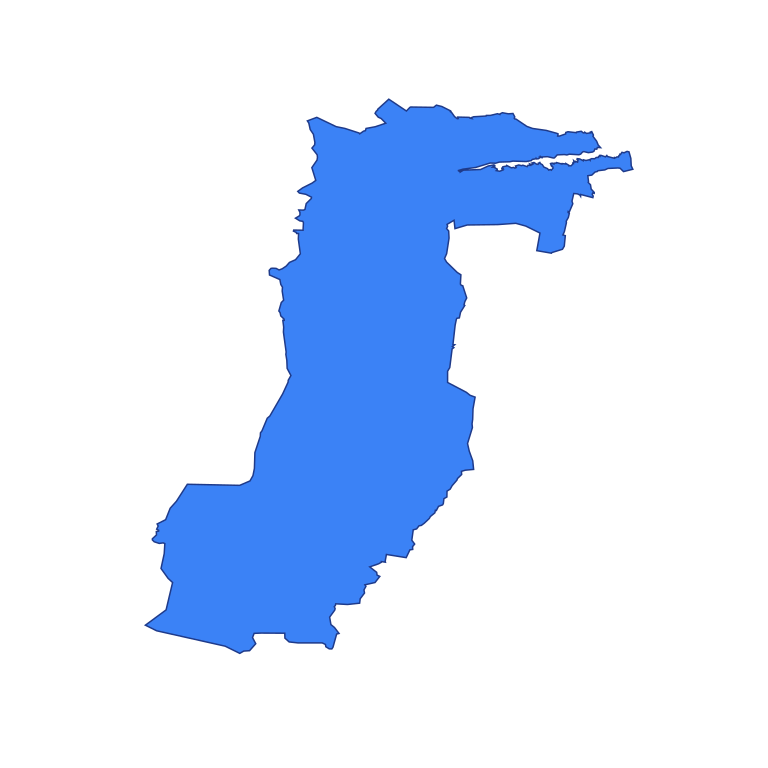 the district of Kvinesdal nor, Vest-Agder, Norway, rotated 196°
{"feature_id": "86288312B37428940692053", "entity_name": "Kvinesdal nor", "entity_type": "district", "adm_level": 2, "iso_a3": "NOR", "parent_name": "Norway", "parent_adm1": "Vest-Agder", "projection": "natural_earth1", "projection_center": [6.911, 58.518], "detail": "fine", "context": "isolated", "style": "filled", "palette": "blue", "viewbox_px": 768, "rotation_deg": 196, "n_neighbors": 0, "source": "geoboundaries", "source_scale": "gbopen_adm2", "svg_char_len": 6164}
<svg xmlns="http://www.w3.org/2000/svg" viewBox="0 0 768 768"><g transform="rotate(196 384 384)"><path d="M212.5,674.7L214.5,674.6L217.0,672.4L219.1,672.3L219.9,670.0L220.6,669.9L220.4,669.2L221.1,668.4L221.2,666.9L222.7,666.5L223.7,665.3L224.9,665.3L224.8,664.5L231.9,664.3L232.8,665.1L233.7,663.4L238.5,663.6L239.6,663.2L239.2,662.4L240.0,662.4L240.5,661.7L240.3,660.9L242.5,660.2L243.6,658.6L246.4,657.9L247.7,656.9L247.5,655.9L248.2,656.3L251.5,654.5L254.1,654.5L254.0,653.5L257.8,654.3L260.4,653.9L260.3,652.9L259.2,652.6L259.1,650.6L261.3,650.8L261.5,650.1L263.1,650.9L262.5,649.8L262.9,649.5L262.6,648.3L263.4,648.3L263.1,647.5L264.3,645.3L266.5,644.7L266.6,645.2L270.0,646.1L269.9,645.6L273.6,645.0L273.6,644.5L279.2,644.4L279.2,643.9L281.4,643.1L281.3,642.3L283.2,642.7L284.7,641.8L283.4,640.0L282.9,640.3L282.5,639.3L281.5,639.2L281.0,638.1L282.1,635.6L283.3,636.0L284.6,635.0L286.2,636.1L290.1,636.6L292.3,638.5L294.6,639.0L295.5,640.5L295.2,639.3L296.5,638.9L296.4,637.6L297.7,637.3L300.9,638.3L302.7,637.2L301.3,636.6L302.4,635.4L304.6,635.7L303.6,634.5L305.8,634.0L306.3,632.4L310.8,632.6L312.0,631.8L314.8,631.7L317.7,629.8L316.6,628.5L317.7,627.6L319.1,627.9L321.2,626.9L326.2,627.9L326.1,627.4L329.6,625.6L329.8,624.8L328.9,623.9L330.1,623.9L330.1,623.4L328.7,622.5L331.4,620.4L334.8,620.1L334.2,621.0L334.4,621.8L337.8,622.6L336.6,623.4L339.4,622.4L337.9,624.7L338.8,624.9L343.9,622.3L350.3,616.8L366.7,611.4L368.6,609.3L368.5,610.5L370.0,609.0L371.2,609.7L371.9,609.4L367.3,612.3L355.6,617.4L342.8,625.7L337.6,627.0L334.3,629.1L324.3,632.3L321.5,633.8L308.7,637.0L304.0,639.3L303.3,640.8L300.0,642.4L300.0,642.9L299.3,642.4L297.5,643.2L296.4,644.8L297.1,644.5L297.2,645.0L295.7,645.0L296.1,645.8L294.2,645.3L294.1,646.0L289.5,647.6L283.6,647.9L282.5,648.3L280.6,652.0L273.8,654.3L271.3,654.6L269.2,656.0L259.8,658.1L258.3,659.2L257.1,661.7L256.0,662.5L251.3,662.7L247.4,664.5L246.3,665.7L246.1,668.0L244.2,668.4L244.1,670.2L241.0,670.9L244.0,672.8L246.5,676.0L251.4,679.7L251.3,681.0L253.9,683.9L255.1,683.0L254.6,682.4L258.4,680.7L260.3,681.3L260.2,680.9L261.6,680.3L264.1,681.3L268.4,679.2L268.4,678.6L276.7,677.2L278.6,675.9L278.3,674.5L283.5,670.8L285.4,670.2L285.6,672.4L286.9,672.6L297.9,672.5L311.6,670.6L317.7,671.0L330.0,675.0L331.5,674.9L332.1,675.4L331.9,676.8L334.6,679.6L338.9,678.0L345.0,677.4L347.0,675.6L346.9,675.0L349.4,675.1L355.8,671.5L359.7,670.4L359.8,669.7L371.5,665.6L373.6,664.0L372.7,663.4L374.4,663.2L375.6,663.8L386.7,660.9L385.8,659.6L386.7,659.2L389.9,660.5L393.8,663.6L395.2,664.1L394.9,664.6L395.3,664.9L404.9,666.7L410.5,666.5L412.6,663.6L434.7,657.6L435.4,657.0L437.7,652.6L457.9,659.1L465.8,646.3L465.6,645.7L466.7,643.9L467.2,641.7L463.1,638.9L459.9,638.4L454.2,635.2L463.3,628.9L471.7,624.7L471.7,622.4L473.4,621.4L476.3,617.8L477.1,618.4L492.0,618.9L500.9,618.2L522.1,621.8L530.2,615.8L528.2,614.1L525.1,608.3L520.7,604.6L517.0,597.1L516.6,594.7L518.3,590.9L511.4,585.9L510.4,583.4L510.1,580.8L513.0,572.1L505.7,560.9L508.4,557.4L516.3,550.1L520.0,545.4L518.0,544.2L511.4,544.8L505.2,543.6L505.0,542.3L508.5,536.0L508.1,530.0L509.4,528.9L513.9,527.8L512.1,525.8L511.4,523.4L511.8,522.2L514.8,519.0L509.9,517.6L506.9,518.0L505.9,516.8L504.2,509.5L513.2,507.1L513.2,506.0L510.0,505.5L509.5,504.6L507.6,505.1L506.3,499.7L500.3,486.1L503.3,479.1L508.4,474.8L510.5,470.4L513.6,466.7L516.3,464.7L519.6,465.4L523.0,464.6L524.5,464.0L525.7,461.6L524.1,457.2L512.9,455.7L510.6,451.2L508.3,449.1L507.5,445.3L503.6,436.9L505.2,434.0L505.2,425.2L503.6,424.0L502.0,421.0L497.9,418.8L497.5,417.7L498.8,417.3L496.1,411.0L495.0,406.2L486.9,387.8L486.5,385.4L483.9,379.9L481.4,372.3L475.8,366.5L477.1,361.2L476.7,359.3L478.7,346.5L484.9,321.8L486.8,318.9L488.4,305.3L489.3,303.0L488.5,299.6L489.2,282.5L485.3,267.1L484.7,259.8L486.1,253.9L494.8,246.8L545.4,233.4L551.2,214.1L555.3,205.6L556.5,193.4L563.5,186.9L561.9,185.2L562.5,181.8L560.3,181.3L560.1,180.4L562.2,179.4L561.1,176.2L564.0,171.4L563.7,170.3L561.4,169.0L556.1,168.8L552.5,170.4L550.7,170.2L548.5,160.3L547.5,145.2L537.9,137.6L532.5,134.9L531.2,106.8L546.9,86.4L534.6,84.1L464.4,88.2L448.4,85.3L445.2,88.6L439.7,90.6L435.7,99.0L440.5,104.0L440.1,108.5L433.5,110.7L410.7,117.1L409.2,112.4L404.1,109.9L395.4,111.4L372.0,118.1L368.5,117.5L367.5,115.4L363.6,114.3L361.1,115.0L360.5,116.9L360.6,130.6L358.5,131.8L364.5,136.3L368.7,138.1L372.0,144.9L369.0,153.1L369.1,154.7L370.4,156.2L369.7,157.8L369.8,159.4L358.3,162.0L347.0,166.6L347.7,171.0L345.1,177.7L346.5,180.6L345.6,184.5L347.0,185.7L337.9,190.7L335.0,197.9L338.0,198.4L339.1,200.9L347.3,204.3L339.6,209.7L337.4,211.9L337.6,212.6L333.5,213.1L334.0,214.0L334.7,220.8L314.8,223.2L313.4,231.7L310.8,232.9L311.7,235.5L310.4,238.6L314.2,241.5L315.7,251.9L312.7,253.7L311.3,257.3L309.1,258.4L306.9,261.3L303.4,267.2L302.9,269.4L299.6,274.2L299.8,276.8L298.8,276.8L297.9,281.4L294.4,283.9L294.0,285.3L294.8,290.3L292.4,292.7L293.9,298.4L291.4,301.2L290.5,305.0L287.4,311.7L287.3,313.4L284.4,318.4L285.5,321.4L282.0,323.6L274.3,326.6L277.5,334.6L283.5,342.9L287.3,349.8L287.0,366.5L288.4,370.0L289.0,374.4L291.6,384.7L292.8,396.5L298.2,396.9L302.5,398.7L323.3,403.0L326.4,413.8L325.3,417.9L328.2,436.5L326.9,438.2L328.6,438.9L326.9,441.2L328.6,441.0L331.8,460.0L332.3,466.2L332.0,467.3L329.8,468.3L330.2,474.1L328.0,481.8L328.9,482.1L329.0,485.4L328.2,489.5L335.4,500.2L336.8,500.1L338.1,501.1L340.2,510.2L344.3,511.4L357.4,518.4L360.4,521.3L359.7,526.5L361.7,542.2L364.0,548.9L366.7,550.7L366.3,553.1L367.4,554.8L361.8,560.7L358.6,552.9L347.8,559.8L318.6,568.6L301.6,574.8L291.3,574.9L275.7,572.1L273.9,554.3L259.1,555.9L258.9,556.6L249.6,562.7L248.7,566.2L250.6,576.6L253.1,576.6L252.6,580.2L253.1,589.3L253.7,590.7L252.7,594.9L252.9,599.1L254.3,599.6L254.5,600.6L253.3,600.4L252.2,609.3L253.7,611.6L254.1,619.4L250.5,620.1L247.9,619.7L246.8,618.7L247.2,620.4L234.6,620.7L234.7,622.3L236.2,623.8L236.0,625.2L234.5,625.2L234.7,626.1L238.6,628.5L240.4,632.4L243.3,634.1L243.2,635.0L245.5,640.4L241.8,642.1L239.5,646.0L237.6,647.0L237.1,648.0L230.7,650.7L228.2,652.9L218.8,656.1L216.6,656.5L212.3,654.2L204.0,659.0L206.5,661.9L208.9,668.9L212.5,674.7Z" fill="#3b82f6" stroke="#1e3a8a" stroke-width="1.5"/></g></svg>